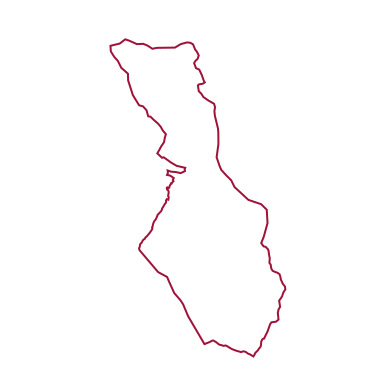 outline of Aninoasa, Hunedoara, Romania, rotated 15°
{"feature_id": "2599482B78537153178763", "entity_name": "Aninoasa", "entity_type": "district", "adm_level": 2, "iso_a3": "ROU", "parent_name": "Romania", "parent_adm1": "Hunedoara", "projection": "equal_earth", "projection_center": [23.341, 45.379], "detail": "fine", "context": "isolated", "style": "outline", "palette": "rose", "viewbox_px": 384, "rotation_deg": 15, "n_neighbors": 0, "source": "geoboundaries", "source_scale": "gbopen_adm2", "svg_char_len": 3587}
<svg xmlns="http://www.w3.org/2000/svg" viewBox="0 0 384 384"><g transform="rotate(15 192 192)"><path d="M299.7,314.8L299.6,314.4L301.1,307.0L301.7,299.4L302.5,297.3L304.5,296.4L306.5,295.7L308.6,292.9L306.2,286.6L306.0,283.1L306.8,280.2L305.3,276.6L304.3,274.5L306.0,269.6L306.3,265.2L307.4,261.9L306.2,259.2L303.4,257.1L302.5,255.9L300.5,253.6L299.5,251.4L297.9,248.8L295.5,247.9L293.0,247.7L290.4,247.3L288.5,245.6L286.8,241.8L285.1,240.4L284.3,236.0L282.7,232.7L281.3,229.3L280.4,227.8L277.3,225.9L275.2,226.0L272.1,223.4L272.9,216.5L273.0,202.5L268.8,189.8L262.0,185.9L248.5,185.0L231.8,176.2L226.8,170.5L221.0,167.2L214.5,163.0L211.9,159.7L206.8,152.1L205.1,138.8L202.1,128.0L200.7,124.0L194.4,112.5L192.7,108.1L192.3,104.1L190.5,101.1L183.9,99.3L178.4,97.3L175.5,94.6L172.5,92.9L170.1,87.5L171.0,86.2L174.4,84.6L176.0,82.8L174.9,81.9L171.2,76.5L167.3,71.9L163.8,71.3L160.7,67.0L161.4,64.4L162.9,62.1L163.2,58.4L160.3,55.1L158.2,53.6L154.8,49.1L151.7,48.3L148.5,48.8L142.8,52.1L138.2,56.9L120.6,61.9L116.7,63.9L111.2,62.1L106.5,61.5L100.6,63.4L92.3,62.1L88.0,61.8L83.8,67.3L75.4,71.9L77.2,77.2L81.9,81.6L86.4,84.5L91.5,90.3L99.5,94.3L101.4,100.7L109.7,113.6L118.4,121.9L122.6,122.0L126.9,124.8L130.1,130.2L132.4,130.0L136.5,132.3L141.4,134.7L144.9,137.1L147.8,140.1L151.8,142.9L151.7,146.8L152.1,151.1L150.4,156.0L149.3,160.7L148.5,163.7L154.2,166.7L155.7,165.8L163.9,168.9L170.4,170.7L179.2,170.4L179.1,172.1L179.8,173.6L178.4,174.9L176.1,176.7L171.4,176.9L166.2,177.8L162.9,177.5L163.8,179.9L163.5,182.0L166.4,181.8L168.5,182.4L168.8,182.5L169.0,182.6L170.8,183.3L170.3,185.3L171.3,186.3L170.3,188.2L170.1,189.1L169.6,189.0L169.0,191.3L168.8,192.7L168.8,193.2L168.9,193.8L167.4,194.6L167.0,194.0L166.6,194.3L166.9,195.4L167.5,196.2L168.6,196.4L169.3,197.7L169.7,199.0L169.9,202.0L170.4,202.5L170.9,203.1L171.1,205.6L169.5,205.5L169.3,206.3L169.1,207.0L169.5,208.1L169.5,209.3L168.8,210.7L168.4,212.4L167.5,215.4L167.3,218.1L166.7,219.3L165.7,221.2L165.0,222.3L164.7,223.0L164.6,224.7L164.1,227.7L163.3,229.5L163.0,230.4L162.8,231.7L162.7,234.1L162.9,235.3L162.7,236.1L162.6,236.6L163.1,237.2L163.1,238.3L162.6,240.0L161.8,242.2L160.7,244.7L159.7,246.8L158.8,247.9L158.7,249.1L158.2,249.7L157.8,250.2L157.0,251.5L156.9,251.8L156.8,252.6L156.5,253.6L156.5,254.1L155.7,255.2L155.5,255.8L155.5,256.6L155.7,258.7L155.4,260.0L156.3,261.7L158.3,263.1L175.6,275.1L178.4,277.0L179.2,277.6L179.6,277.8L180.2,278.2L183.2,278.9L189.9,280.5L193.2,284.7L200.9,294.1L209.1,299.7L212.6,302.9L220.3,312.9L243.4,335.7L244.0,335.3L244.7,334.7L245.4,334.2L246.2,333.6L247.0,333.0L247.8,332.4L249.0,331.3L249.6,330.7L250.1,330.3L250.3,330.2L250.6,330.0L251.0,329.9L251.7,330.1L252.8,330.4L253.6,330.6L254.4,330.9L255.2,331.2L256.3,331.7L257.2,332.2L257.9,332.3L258.5,332.4L259.3,332.3L259.9,332.3L260.5,332.3L261.1,332.4L261.6,332.5L262.1,332.4L262.7,332.3L263.4,331.9L263.8,331.7L264.2,331.6L264.7,331.6L265.7,331.8L266.5,332.0L268.3,332.6L269.8,333.0L270.9,333.3L272.2,333.5L273.9,333.7L275.3,333.8L277.2,333.9L278.2,333.9L279.2,333.9L280.1,333.9L280.6,334.0L281.0,333.9L281.6,333.4L282.1,333.0L282.6,332.7L283.3,332.6L283.9,332.5L284.6,332.5L285.3,332.6L286.2,332.9L287.1,333.3L287.6,333.5L288.0,333.6L288.8,333.7L289.9,333.8L291.2,334.2L293.9,334.9L294.1,334.0L294.4,333.4L294.5,332.6L294.6,332.1L294.8,331.6L294.8,331.0L296.3,328.5L296.6,327.9L296.9,326.9L297.6,325.2L298.1,324.1L298.3,323.4L298.3,322.6L298.2,321.8L298.0,320.7L297.9,320.0L297.7,319.1L297.6,318.2L297.8,317.5L298.0,316.6L298.2,316.2L298.3,315.7L299.1,315.1L299.7,314.8Z" fill="none" stroke="#9f1239" stroke-width="2"/></g></svg>